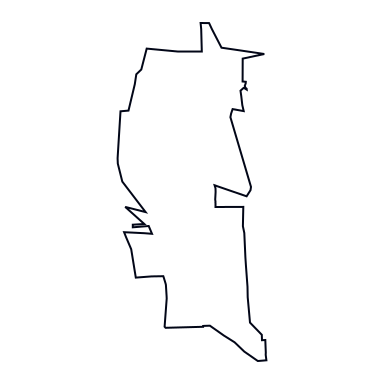 Palmillas, Tamaulipas, Mexico (Mercator projection)
{"feature_id": "50627088B12819325491793", "entity_name": "Palmillas", "entity_type": "district", "adm_level": 2, "iso_a3": "MEX", "parent_name": "Mexico", "parent_adm1": "Tamaulipas", "projection": "mercator", "projection_center": [-99.548, 23.265], "detail": "fine", "context": "isolated", "style": "outline", "palette": "ink", "viewbox_px": 384, "rotation_deg": 0, "n_neighbors": 0, "source": "geoboundaries", "source_scale": "gbopen_adm2", "svg_char_len": 1346}
<svg xmlns="http://www.w3.org/2000/svg" viewBox="0 0 384 384"><path d="M177.5,51.5L146.7,48.6L141.3,69.5L136.3,74.3L134.8,84.2L128.5,110.6L120.5,111.3L118.1,150.0L117.6,158.3L117.8,163.3L117.8,163.6L122.3,181.6L145.6,212.1L125.2,206.9L144.3,224.0L132.8,224.7L132.8,227.3L148.7,226.0L152.0,233.8L144.3,233.2L124.1,232.2L126.2,237.5L131.2,249.2L135.8,277.6L151.6,276.4L163.3,276.2L163.9,278.0L165.6,283.6L165.9,284.9L166.5,294.6L166.6,296.2L166.7,298.6L164.6,326.7L165.6,327.8L203.1,326.8L203.1,326.0L203.9,325.9L206.5,325.8L209.9,325.7L223.8,335.5L234.6,342.3L244.3,351.6L257.8,361.0L260.5,360.8L266.4,360.3L266.1,358.0L265.7,354.8L265.8,352.6L265.3,340.0L262.0,340.2L261.8,334.8L250.0,322.6L247.8,298.3L247.7,297.3L247.5,286.8L245.9,265.1L245.4,257.5L244.3,233.0L243.8,230.6L242.9,226.2L243.3,206.9L215.5,207.0L215.5,205.4L215.5,203.3L215.4,202.2L215.5,201.8L215.4,201.1L215.2,199.5L215.4,195.9L215.6,191.9L215.5,188.3L214.6,185.3L246.6,196.3L250.5,190.2L251.0,186.9L230.4,117.2L231.1,113.6L232.6,109.1L243.7,111.1L242.3,105.1L241.3,96.4L240.5,90.7L243.6,87.9L244.1,88.0L246.7,89.6L246.6,88.7L246.0,88.2L245.4,87.7L244.8,85.9L245.7,83.3L245.8,81.8L244.8,81.7L242.6,81.5L242.7,58.6L244.7,58.2L264.3,54.0L240.0,50.4L221.5,47.7L211.9,29.1L209.1,23.1L200.6,23.0L201.2,29.1L201.8,51.5L177.5,51.5Z" fill="none" stroke="#020617" stroke-width="2"/></svg>